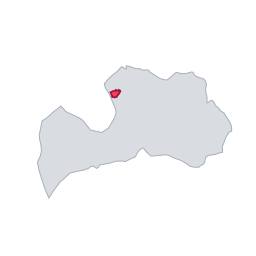 location of Viļķenes pag., Limbaži, Latvia, rotated 341°
{"feature_id": "27541924B29394265870822", "entity_name": "Viļķenes pag.", "entity_type": "district", "adm_level": 2, "iso_a3": "LVA", "parent_name": "Latvia", "parent_adm1": "Limbaži", "projection": "mercator", "projection_center": [24.629, 57.605], "detail": "fine", "context": "in_parent", "style": "filled", "palette": "rose", "viewbox_px": 256, "rotation_deg": 341, "n_neighbors": 0, "source": "geoboundaries", "source_scale": "gbopen_adm2", "svg_char_len": 3270}
<svg xmlns="http://www.w3.org/2000/svg" viewBox="0 0 256 256"><g transform="rotate(341 128 128)"><path d="M182.4,188.1L181.0,187.8L177.1,186.3L173.8,184.0L171.9,181.0L168.5,176.9L166.2,174.8L162.7,172.1L156.9,166.7L154.8,165.5L144.4,163.1L140.6,162.0L137.2,155.8L136.1,152.2L134.4,151.6L132.5,152.4L130.5,153.1L125.8,157.3L124.3,157.9L121.4,157.9L114.6,158.9L111.6,157.3L106.2,155.6L103.3,155.4L100.7,155.4L89.3,153.8L87.2,155.6L85.1,155.9L83.1,153.1L80.5,152.3L77.7,153.3L72.6,153.4L66.6,152.5L58.9,151.8L57.7,152.1L49.2,155.8L47.0,156.4L37.8,162.6L30.4,168.4L29.6,159.1L30.0,140.4L31.1,131.1L36.2,125.6L38.8,121.3L40.2,115.6L40.7,110.3L41.7,105.9L49.1,93.3L55.0,91.9L62.9,88.4L71.7,85.4L73.4,89.2L74.3,92.0L85.0,102.4L87.7,105.8L91.8,117.7L101.7,123.7L109.4,121.8L112.8,118.9L119.0,113.5L121.8,109.6L122.4,105.8L121.3,89.5L119.6,82.3L120.2,77.9L121.3,78.1L123.9,76.0L132.6,72.0L134.3,71.8L136.3,71.0L141.8,67.9L143.5,69.6L145.0,71.4L145.8,71.4L146.2,70.7L146.1,69.5L146.5,68.7L148.0,69.2L154.4,74.2L156.8,75.3L158.5,75.7L160.5,78.0L165.9,79.6L166.5,80.8L167.0,82.3L172.0,88.6L174.3,91.7L178.8,94.6L180.7,95.3L188.6,92.4L190.8,91.3L192.6,91.3L194.4,92.9L198.6,94.9L202.5,95.6L203.2,95.5L206.4,95.7L207.5,96.5L208.3,100.5L211.9,103.6L215.3,106.2L216.2,107.4L216.5,109.7L216.3,112.4L215.8,113.8L214.4,115.4L213.2,119.5L213.0,123.3L211.0,130.0L211.5,130.1L215.6,128.9L216.8,129.6L217.7,131.0L218.0,135.2L219.3,137.1L220.7,140.0L221.1,142.2L223.7,144.9L223.9,146.7L225.5,152.8L226.2,156.3L226.4,159.0L225.7,162.5L225.0,164.8L224.1,164.7L221.8,165.3L218.1,168.1L212.5,174.7L211.1,176.2L209.7,181.2L209.3,181.7L206.1,181.4L205.2,181.3L202.0,181.4L195.0,180.1L192.2,181.0L188.7,186.0L187.3,186.8L183.1,187.5L182.4,188.1Z" fill="#d9dde1" stroke="#a8b0b8" stroke-width="1"/><path d="M128.3,88.1L127.2,88.4L127.1,88.5L126.9,88.6L126.7,88.6L126.4,88.6L126.2,88.6L125.9,88.4L125.8,88.5L125.6,88.4L125.8,88.3L125.8,88.2L125.7,88.1L125.4,88.1L125.2,88.2L124.9,88.3L123.7,88.4L122.9,88.5L122.9,88.9L123.0,89.3L123.1,90.2L123.1,90.8L123.2,91.2L123.2,91.3L123.2,91.6L123.1,92.2L123.1,92.4L123.1,92.6L123.4,92.6L123.3,92.8L123.3,93.0L123.2,93.2L123.2,93.3L123.2,93.8L123.8,93.7L123.8,93.8L124.0,93.8L124.0,93.7L124.1,93.8L124.4,93.8L124.5,93.8L124.6,93.7L125.0,93.9L125.1,94.0L125.1,94.3L125.0,94.6L125.0,94.8L125.3,94.8L125.9,94.9L126.2,94.9L126.3,95.0L126.5,95.0L126.8,95.0L127.0,95.0L127.3,95.1L127.5,95.1L127.6,94.9L127.6,94.7L127.8,94.6L127.7,94.4L127.8,94.3L128.0,94.2L128.3,94.0L128.5,94.0L129.3,93.6L129.3,93.2L129.3,92.9L129.5,92.8L129.8,92.9L129.7,92.9L129.6,93.0L129.8,93.1L130.0,93.1L130.1,92.9L130.4,92.9L130.6,92.9L130.8,92.6L131.1,92.0L131.4,92.0L131.5,92.0L131.5,91.9L131.6,92.0L131.7,91.9L131.7,91.6L131.8,91.5L131.9,91.4L132.0,91.3L132.1,91.2L132.3,91.2L132.5,91.2L132.7,90.9L132.8,90.8L132.8,90.7L132.8,90.4L132.7,90.4L132.8,90.3L132.9,90.2L132.7,90.0L132.4,90.0L132.4,89.9L132.2,89.7L132.2,89.4L131.9,89.1L131.7,88.8L131.5,89.0L131.4,88.9L131.2,88.9L131.0,89.0L130.9,89.0L130.7,89.3L130.6,89.5L130.4,89.5L130.2,89.4L130.3,89.2L130.2,89.1L130.1,88.9L130.1,89.0L129.9,89.1L129.7,89.2L129.3,88.9L129.3,89.0L129.2,89.1L128.9,89.0L129.1,88.7L129.2,88.4L129.1,87.9L128.8,88.0L128.7,88.1L128.4,88.1L128.3,88.1Z" fill="#f43f5e" stroke="#9f1239" stroke-width="1.5"/></g></svg>